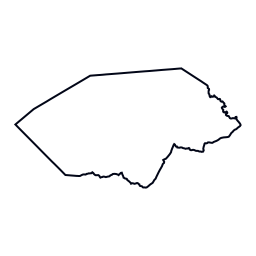 Karachuonyo, Nyanza, Kenya (Albers equal-area conic projection)
{"feature_id": "3690345B83716228169892", "entity_name": "Karachuonyo", "entity_type": "district", "adm_level": 2, "iso_a3": "KEN", "parent_name": "Kenya", "parent_adm1": "Nyanza", "projection": "albers", "projection_center": [34.698, -0.371], "detail": "fine", "context": "isolated", "style": "outline", "palette": "ink", "viewbox_px": 256, "rotation_deg": 0, "n_neighbors": 0, "source": "geoboundaries", "source_scale": "gbopen_adm2", "svg_char_len": 4570}
<svg xmlns="http://www.w3.org/2000/svg" viewBox="0 0 256 256"><path d="M240.6,125.1L240.5,124.7L240.3,124.2L240.1,123.9L239.8,123.3L239.4,122.9L239.1,122.5L238.8,122.1L238.6,121.8L238.2,121.4L237.8,121.0L237.5,120.6L237.2,120.2L236.9,119.8L236.4,119.3L236.4,118.8L236.5,118.3L236.6,117.6L236.4,116.9L235.6,117.0L235.3,117.5L234.9,118.3L234.4,118.4L234.0,118.3L233.5,118.2L233.0,118.1L232.5,118.2L232.0,118.4L231.3,118.5L230.8,118.5L230.3,118.3L229.9,118.1L229.6,117.6L229.3,117.1L229.0,116.6L228.8,116.2L228.3,116.0L227.9,116.0L227.4,115.9L226.8,115.7L226.4,115.4L225.9,114.9L226.0,114.3L226.2,113.8L226.7,113.5L227.1,113.3L227.3,112.9L227.2,112.4L226.9,111.9L226.6,111.6L226.1,111.8L225.8,112.2L225.3,112.4L224.6,112.5L224.3,112.1L223.6,112.2L223.3,111.8L223.1,111.3L223.1,110.8L223.2,110.4L223.3,109.9L223.0,109.5L222.5,109.0L222.1,108.4L221.8,107.8L222.0,107.4L222.4,107.0L223.0,106.6L223.6,106.6L224.1,106.8L224.6,106.9L225.2,106.8L225.7,106.4L225.4,106.0L224.7,105.7L224.4,105.1L224.3,104.3L224.4,103.6L224.2,103.2L223.7,102.9L223.0,102.0L222.7,101.6L222.3,101.4L221.6,101.7L221.1,101.5L220.6,101.1L220.4,100.6L220.2,100.0L220.2,99.5L220.0,99.1L219.4,98.9L219.0,99.0L218.6,99.2L218.0,99.1L217.6,98.7L217.3,98.3L217.0,97.9L216.6,97.5L216.2,97.3L215.6,97.0L215.0,96.7L214.5,96.3L214.6,95.8L214.2,95.5L214.0,95.8L213.9,96.2L213.5,96.5L212.8,96.8L212.3,96.5L211.9,96.3L211.4,96.2L211.1,96.7L210.8,97.1L210.2,97.1L209.9,96.6L209.6,96.0L209.5,95.1L209.4,94.4L209.1,94.0L208.7,93.6L208.6,93.0L208.6,92.5L208.6,92.0L208.6,91.5L208.6,90.9L208.8,90.4L209.1,89.9L209.0,89.3L208.9,88.8L208.4,88.5L207.8,88.1L207.7,87.6L207.8,87.1L207.7,86.7L207.7,86.2L207.5,85.7L206.9,85.1L202.5,82.2L201.2,81.3L199.8,80.4L196.4,78.2L181.3,68.4L180.6,68.5L179.9,68.5L173.0,69.1L162.4,69.9L156.6,70.4L151.8,70.8L149.5,71.0L145.0,71.3L136.2,72.0L118.1,73.5L106.2,74.4L103.1,74.7L100.9,74.9L97.8,75.1L90.2,75.7L87.0,77.6L75.5,84.4L65.6,90.2L50.4,99.2L46.8,101.4L33.7,109.1L20.6,120.1L18.8,121.6L15.4,124.5L18.4,127.6L37.1,146.5L41.9,151.4L52.0,161.6L54.5,164.0L60.5,170.0L65.4,175.0L72.9,175.6L76.5,175.9L78.7,176.0L79.9,176.0L80.7,175.6L81.6,175.1L82.7,174.6L83.9,174.4L84.9,174.5L85.8,174.5L86.5,173.9L87.6,173.8L88.5,173.4L89.3,173.4L90.0,173.4L90.8,173.2L91.6,173.2L92.3,172.3L93.3,173.0L93.9,173.9L94.7,174.7L95.6,175.2L97.0,175.2L98.3,175.1L99.3,175.8L99.7,176.7L100.4,177.6L101.3,177.2L102.5,177.0L103.1,176.6L103.9,176.6L104.8,176.8L105.9,177.1L107.3,176.7L108.4,176.5L109.5,176.3L110.2,175.5L111.0,175.1L111.9,174.8L112.6,174.1L113.8,173.9L115.0,173.9L116.1,174.0L117.0,174.3L117.9,174.6L118.6,175.1L119.2,174.4L120.1,173.7L120.8,172.9L121.8,172.7L122.1,173.7L122.4,174.6L122.9,175.5L123.3,176.6L123.6,177.7L124.4,178.0L125.2,178.6L125.9,178.6L126.8,178.9L127.2,179.9L127.9,180.4L128.4,180.9L129.3,181.5L130.1,182.4L130.8,183.0L131.1,183.7L132.0,183.2L133.3,183.4L134.4,183.8L135.3,183.6L136.0,183.4L137.1,183.0L138.1,183.4L138.7,184.1L139.4,184.4L139.5,185.0L139.7,185.6L140.2,186.0L141.2,186.1L142.1,186.4L142.8,187.3L143.8,187.5L144.7,187.4L145.6,187.6L146.7,187.4L148.3,186.2L149.6,185.0L150.1,184.6L150.6,184.2L151.7,183.5L152.7,182.8L152.9,182.4L153.1,182.1L153.6,181.3L154.1,180.3L154.9,179.4L155.6,178.7L156.0,177.8L156.4,176.8L158.6,172.3L159.7,170.2L162.0,166.2L162.4,165.1L162.7,164.2L163.2,163.6L164.0,162.9L164.2,161.8L163.7,160.9L163.2,160.0L164.0,159.5L164.9,159.1L165.8,158.8L167.4,157.1L168.3,156.0L169.2,154.9L169.9,154.0L170.6,152.9L171.1,152.0L171.3,150.8L171.7,149.8L172.2,148.4L173.0,146.6L173.5,145.2L174.2,144.1L174.9,144.6L175.4,145.7L176.0,146.5L176.9,146.5L177.3,147.5L178.4,147.6L179.5,147.7L180.7,147.4L181.9,147.5L183.0,148.1L184.1,148.3L184.8,148.5L185.6,148.8L186.6,148.5L187.7,148.5L188.3,148.2L188.9,148.0L189.5,148.5L189.6,149.4L190.2,149.9L191.0,150.2L191.9,150.1L193.0,149.8L194.1,150.0L195.0,150.4L195.9,150.8L197.0,150.9L198.0,150.9L198.8,151.3L199.5,151.5L200.6,151.5L201.9,151.9L202.8,151.5L203.2,151.5L203.4,150.9L203.7,150.3L203.5,149.5L203.3,149.0L203.3,148.5L203.5,147.6L203.7,146.6L204.0,145.8L204.2,145.2L204.4,144.0L205.1,143.2L206.1,143.4L207.2,143.1L208.0,142.4L209.2,142.4L210.3,142.6L211.4,142.8L212.5,142.8L213.6,142.0L215.1,141.4L216.2,141.0L217.4,140.4L218.7,139.6L219.6,138.8L220.2,138.4L221.2,137.9L222.7,137.6L223.7,137.4L225.1,137.3L226.3,137.2L227.1,137.1L227.9,137.0L228.9,136.6L230.0,135.1L230.8,133.8L231.3,133.0L232.6,131.9L233.4,130.9L234.0,130.3L235.0,129.6L235.9,129.3L236.4,129.0L237.3,128.2L237.8,127.7L238.3,127.3L238.8,127.0L239.2,126.7L240.0,126.1L240.6,125.1Z" fill="none" stroke="#020617" stroke-width="2"/></svg>